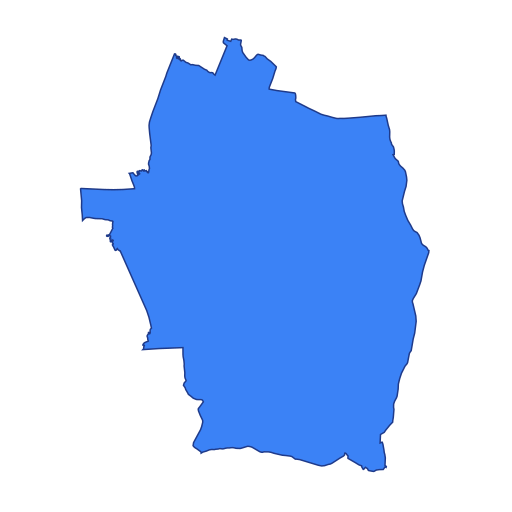 outline of Boghicea, Neamt, Romania, rotated 88°
{"feature_id": "2599482B80770086652967", "entity_name": "Boghicea", "entity_type": "district", "adm_level": 2, "iso_a3": "ROU", "parent_name": "Romania", "parent_adm1": "Neamt", "projection": "orthographic", "projection_center": [27.101, 47.06], "detail": "fine", "context": "isolated", "style": "filled", "palette": "blue", "viewbox_px": 512, "rotation_deg": 88, "n_neighbors": 0, "source": "geoboundaries", "source_scale": "gbopen_adm2", "svg_char_len": 6031}
<svg xmlns="http://www.w3.org/2000/svg" viewBox="0 0 512 512"><g transform="rotate(88 256 256)"><path d="M473.8,136.3L471.2,134.3L471.8,133.4L471.0,133.1L470.5,133.5L469.8,134.4L462.3,133.8L458.9,134.2L456.8,134.7L454.4,134.9L448.7,135.7L446.6,136.3L446.4,136.5L447.2,138.5L438.7,137.8L436.7,134.0L434.5,132.4L429.7,128.2L426.8,125.2L425.4,125.1L422.0,124.4L414.1,123.5L411.9,123.8L408.7,123.6L405.9,122.5L402.7,120.6L401.0,119.9L394.0,118.6L388.9,118.2L383.3,116.6L378.2,114.7L371.4,111.0L368.9,108.8L367.7,108.2L359.0,106.2L357.9,105.7L356.0,104.2L344.4,101.8L338.6,100.1L326.9,98.2L321.5,98.4L309.3,100.8L307.6,101.3L306.0,101.3L303.8,100.2L299.2,97.1L290.6,93.5L286.6,92.0L277.7,90.1L271.1,88.1L258.8,83.3L256.6,83.0L256.4,83.7L254.1,84.8L252.7,86.0L251.0,88.6L249.3,90.1L243.6,91.4L240.9,92.4L238.2,94.2L236.7,96.8L235.8,97.7L234.4,98.6L230.5,100.4L225.8,103.0L220.6,105.0L216.6,106.3L211.9,107.0L209.0,107.8L206.0,108.0L196.5,105.3L191.7,103.6L185.6,102.6L182.3,102.8L177.0,103.7L175.5,104.3L173.3,106.1L171.3,108.3L170.2,109.2L168.7,110.1L166.5,110.5L166.0,110.8L163.8,113.2L162.8,113.9L159.5,115.5L159.3,114.3L155.8,114.1L154.2,114.3L151.8,114.8L149.1,116.6L147.6,116.8L146.3,117.4L144.1,118.1L141.8,118.3L136.6,118.0L134.5,118.1L129.9,119.3L122.8,120.6L121.1,121.1L119.8,121.2L120.0,126.4L120.0,131.2L121.0,147.3L121.5,159.2L121.6,163.5L121.4,167.2L121.5,169.1L121.3,170.8L120.1,175.0L118.6,179.5L117.7,182.9L116.5,186.3L113.2,192.3L110.3,198.0L103.1,210.9L101.0,211.1L99.5,210.7L97.3,210.7L95.6,210.9L94.8,211.2L94.4,211.7L91.4,229.3L89.7,237.0L88.7,237.0L87.5,236.7L79.2,233.1L71.9,230.6L69.5,229.5L67.7,229.1L67.3,229.4L62.0,234.5L59.4,237.9L56.9,240.0L56.4,241.1L55.9,241.5L55.6,242.7L55.4,244.0L54.5,246.8L54.6,247.4L55.3,248.4L57.9,250.7L59.2,252.3L59.9,254.0L60.2,255.3L59.8,256.6L57.0,259.0L52.1,262.2L50.3,262.7L47.0,262.9L44.8,264.0L43.7,264.0L40.2,263.2L39.8,263.3L39.6,263.7L39.6,265.3L39.5,266.0L38.8,267.2L38.4,268.5L38.4,269.4L38.7,271.0L38.6,272.0L38.4,272.7L40.6,273.8L39.3,277.3L39.0,277.4L38.1,277.1L36.6,279.9L40.3,281.2L41.4,281.2L41.9,281.0L44.9,277.6L73.8,290.6L72.6,292.0L71.4,292.8L71.1,294.0L71.2,295.4L70.8,296.4L69.9,297.7L68.6,298.7L67.6,300.9L63.6,306.6L63.3,309.8L62.5,312.8L62.6,314.5L60.7,317.3L60.0,319.3L57.8,321.8L57.8,322.9L58.3,323.5L58.4,323.8L58.2,324.4L56.7,324.7L57.1,325.4L56.4,326.2L55.6,325.5L55.4,325.6L55.3,326.3L55.1,326.3L54.5,325.8L54.2,325.8L54.1,326.1L54.5,327.0L53.8,327.0L53.6,327.2L53.7,327.5L54.2,327.7L55.6,327.5L55.8,327.7L55.7,328.2L55.2,328.5L55.1,328.4L54.8,327.8L54.6,327.8L54.1,328.3L53.5,328.3L52.9,329.2L51.8,329.1L51.3,329.4L51.2,330.4L70.0,338.7L73.5,339.9L86.5,345.5L95.3,348.6L108.0,354.0L114.1,356.3L118.4,357.8L121.6,358.3L124.0,358.3L129.6,358.0L141.8,356.9L144.2,357.3L149.3,356.9L150.9,357.2L153.4,358.5L155.8,358.6L156.9,359.4L159.3,360.1L160.5,360.2L162.4,359.6L164.9,359.4L165.7,359.8L168.9,360.5L169.1,360.9L168.8,361.4L167.9,361.7L167.8,361.9L167.9,362.0L167.8,362.3L167.0,362.4L166.8,362.6L167.2,364.1L167.0,364.4L166.1,364.7L166.2,365.1L166.9,365.4L165.9,366.4L166.1,367.0L167.0,367.4L167.0,368.0L166.6,369.1L166.7,369.7L167.8,370.0L167.7,370.4L167.2,371.3L167.3,371.7L167.9,372.0L169.7,371.6L168.9,370.8L168.9,370.3L169.1,369.9L169.8,369.4L171.7,372.0L171.8,373.1L171.5,373.7L169.3,375.6L168.5,376.1L169.0,379.8L169.5,379.4L176.3,377.4L181.2,375.6L182.9,375.1L184.5,375.0L184.9,386.6L184.8,396.1L184.3,405.2L182.4,428.5L182.8,429.0L194.7,428.3L201.5,428.7L209.0,428.2L214.5,428.1L212.7,426.2L211.7,424.6L211.6,424.0L211.7,420.9L212.7,416.7L213.0,415.0L213.4,408.5L214.4,405.5L214.7,402.4L215.6,400.7L216.1,398.1L216.5,397.8L219.3,398.3L220.6,398.2L222.3,398.5L223.2,398.1L229.3,401.5L230.0,403.0L230.0,403.6L229.9,404.2L230.1,404.5L230.7,404.6L231.1,404.3L231.2,403.2L230.9,402.6L230.3,402.0L230.2,401.7L231.1,400.6L232.1,401.1L232.9,400.7L233.0,401.4L233.3,401.5L235.1,401.0L236.3,401.1L236.7,400.9L236.6,400.3L235.6,400.2L234.9,399.4L235.0,398.7L235.4,398.2L235.8,398.3L236.5,399.0L237.0,399.1L237.7,399.1L238.5,398.3L238.9,398.2L239.2,398.4L239.5,399.0L239.9,399.1L241.2,398.5L241.8,398.1L245.2,396.7L245.5,396.3L245.3,395.5L244.0,394.7L243.7,394.3L245.0,393.6L245.5,392.7L246.0,392.2L246.0,391.7L246.5,391.4L306.8,367.1L313.6,365.1L321.5,363.5L324.5,363.0L325.4,364.0L326.3,364.4L329.0,364.4L329.0,364.6L328.6,365.6L328.7,366.1L329.0,366.1L329.3,365.8L329.7,364.9L330.0,365.0L330.1,366.4L330.2,366.5L331.7,367.5L332.7,367.6L334.0,367.1L335.4,367.1L337.2,366.6L337.5,366.8L337.8,368.1L338.8,370.6L340.4,372.0L341.1,372.1L341.2,371.0L341.7,370.7L342.3,371.2L344.9,371.6L345.6,372.3L345.1,356.4L345.0,332.2L351.9,332.4L354.2,332.3L357.9,331.7L361.5,331.5L363.4,331.7L370.2,331.2L373.4,331.4L375.3,331.2L378.0,330.2L378.5,330.4L380.4,332.2L382.7,333.0L385.2,331.4L387.0,330.9L390.5,329.0L391.9,328.4L393.8,326.0L395.9,323.7L397.3,320.6L397.5,318.8L397.6,316.1L397.8,315.2L398.3,314.5L399.9,313.7L404.8,317.5L406.3,318.8L407.0,319.1L408.8,318.9L413.5,317.2L418.0,315.2L419.0,315.0L420.5,315.1L424.7,316.3L427.7,317.5L440.3,324.9L443.4,325.5L444.7,324.5L445.8,323.2L446.3,322.3L449.6,318.1L450.4,317.7L451.1,317.7L450.1,315.9L449.2,312.3L448.1,309.4L447.8,307.0L448.0,304.5L447.7,302.9L447.6,300.6L447.2,298.9L447.6,296.3L447.5,295.0L447.0,292.9L446.8,291.1L446.9,289.4L446.7,287.8L446.7,285.8L447.0,284.4L447.5,282.6L447.8,278.5L447.4,276.7L446.1,271.9L445.9,271.1L446.0,269.7L446.6,267.4L447.2,266.2L451.7,259.1L452.2,257.8L452.4,256.5L452.0,254.8L452.2,250.3L452.7,247.9L453.8,244.9L456.0,236.7L456.5,232.8L457.2,228.6L457.7,227.1L460.4,223.8L460.4,222.7L461.0,219.4L467.3,201.0L468.1,197.7L467.9,194.7L466.8,191.0L466.5,189.0L465.7,187.2L460.9,179.2L459.0,175.6L458.0,174.5L456.4,174.2L456.0,174.0L456.0,173.9L456.6,172.8L458.3,171.7L459.0,171.0L461.2,171.2L461.5,171.1L465.8,164.2L468.2,160.6L468.8,159.3L469.3,157.8L470.4,157.7L473.0,156.3L473.0,155.9L471.0,154.0L472.4,152.0L474.0,151.3L474.3,151.0L474.8,149.0L475.4,146.1L475.3,145.5L474.1,143.2L473.8,140.3L473.8,136.3Z" fill="#3b82f6" stroke="#1e3a8a" stroke-width="1.5"/></g></svg>